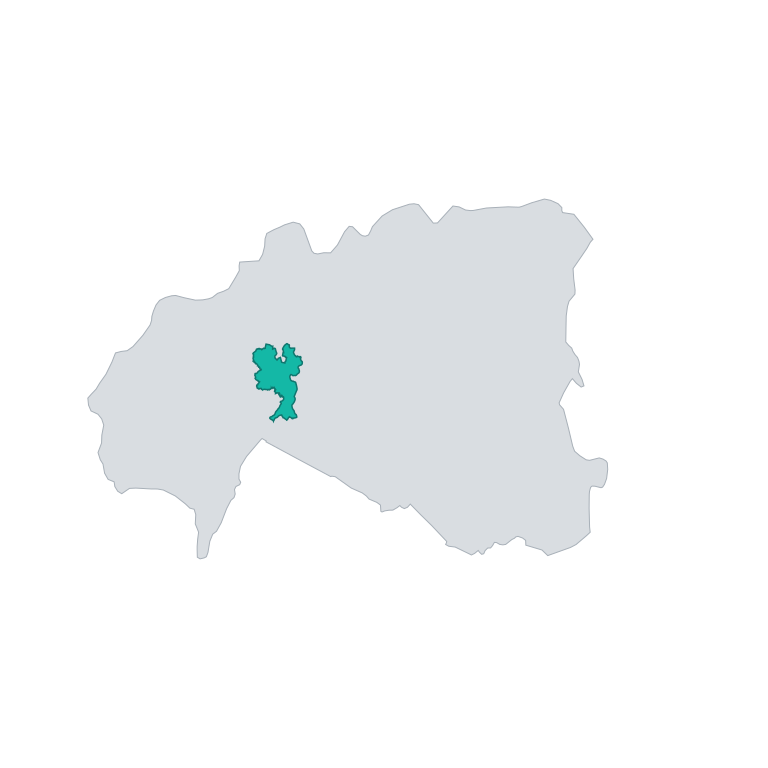 location of Bale, Balé, Burkina Faso, rotated 29°
{"feature_id": "67063806B68807156447803", "entity_name": "Bale", "entity_type": "district", "adm_level": 2, "iso_a3": "BFA", "parent_name": "Burkina Faso", "parent_adm1": "Balé", "projection": "equal_earth", "projection_center": [-3.151, 11.673], "detail": "fine", "context": "in_parent", "style": "filled", "palette": "teal", "viewbox_px": 768, "rotation_deg": 29, "n_neighbors": 0, "source": "geoboundaries", "source_scale": "gbopen_adm2", "svg_char_len": 8956}
<svg xmlns="http://www.w3.org/2000/svg" viewBox="0 0 768 768"><g transform="rotate(29 384 384)"><path d="M541.7,491.2L525.3,492.1L519.3,494.5L515.7,494.5L515.6,492.5L515.2,491.3L494.4,484.7L479.9,480.7L465.2,476.3L464.3,480.4L462.2,483.1L459.0,483.3L456.8,482.6L455.4,485.8L452.9,490.0L449.5,492.0L446.2,494.6L444.3,496.9L443.0,496.9L439.6,491.6L435.1,491.0L426.7,491.9L422.9,490.5L417.8,489.8L405.7,490.9L386.3,488.7L383.1,489.9L382.3,490.8L363.1,491.1L341.9,491.4L324.2,491.6L308.8,491.8L308.7,490.9L303.8,490.8L303.2,492.6L298.9,514.0L298.4,525.6L300.7,532.9L303.3,537.5L306.3,539.4L306.6,542.0L304.2,545.4L304.4,548.8L307.2,552.4L307.9,556.1L306.5,560.0L306.8,569.4L308.9,584.3L308.9,594.0L307.0,598.4L307.9,606.0L311.7,616.7L312.4,621.2L311.0,623.3L307.9,626.1L304.7,626.0L300.9,619.5L299.3,616.6L296.3,610.1L293.7,603.5L290.2,600.6L286.8,597.9L282.7,589.5L278.7,585.6L274.4,586.7L268.3,585.1L255.8,583.1L242.4,583.7L236.9,585.6L231.4,588.6L217.5,595.3L212.0,598.7L207.8,607.1L203.1,606.9L198.3,604.2L195.4,600.4L189.0,601.2L182.9,597.5L177.0,590.2L172.6,587.8L167.1,582.6L165.6,572.6L162.0,565.5L158.8,555.8L154.0,551.4L148.5,549.1L140.8,549.6L135.8,545.7L131.8,539.9L132.9,535.0L134.7,528.0L134.9,521.2L136.1,510.3L135.4,496.6L134.1,487.0L138.3,483.0L143.2,479.4L146.3,473.0L149.5,458.4L150.8,445.8L149.9,441.1L148.2,437.4L147.0,432.0L146.3,425.4L147.2,419.6L150.9,414.3L155.5,409.8L158.8,407.6L167.5,405.4L178.4,402.1L184.7,398.3L189.3,394.5L191.9,391.6L194.5,385.4L198.7,380.7L202.0,375.9L202.5,362.6L202.5,355.0L200.0,350.9L198.7,347.3L214.9,336.9L215.0,329.5L212.8,321.3L209.6,314.7L208.5,309.1L212.9,302.4L216.9,297.3L219.8,293.1L226.1,286.5L232.7,284.8L238.7,287.3L256.3,302.6L259.4,303.6L263.0,302.4L267.7,298.4L273.7,295.2L275.9,285.0L275.7,269.9L277.1,263.0L280.3,261.7L290.4,264.6L293.1,264.8L296.0,263.8L298.2,261.2L298.1,256.3L297.6,252.0L300.9,238.0L306.9,227.5L319.1,214.4L322.9,211.8L327.3,210.4L349.1,219.4L352.7,217.2L358.0,194.9L363.9,192.7L371.0,192.3L375.6,190.4L378.0,188.9L388.3,180.4L406.6,168.9L416.4,163.9L418.3,162.1L425.3,153.9L434.6,144.5L440.6,142.6L448.8,141.9L454.0,143.5L455.4,146.1L457.1,147.5L467.8,143.5L483.2,149.8L496.6,156.1L495.7,160.0L495.7,167.1L494.7,178.1L493.4,191.4L498.9,200.0L505.6,209.2L507.4,212.8L505.7,221.9L506.9,227.3L510.4,236.2L516.4,247.5L522.6,259.1L526.8,260.7L530.8,261.6L533.2,263.7L536.8,265.7L540.4,267.0L543.5,269.6L545.5,272.1L548.1,279.2L555.0,284.0L559.8,288.7L557.9,291.1L551.9,290.1L546.2,288.0L545.5,291.5L545.4,304.7L546.3,315.6L547.7,317.1L553.3,319.1L566.9,333.4L579.2,346.9L583.3,350.4L590.0,351.8L597.6,352.3L600.8,351.1L608.1,344.3L612.0,343.5L615.6,343.7L617.6,344.8L621.1,350.3L624.5,358.7L625.5,364.9L625.2,368.2L624.1,369.5L618.1,371.1L615.5,372.4L614.8,374.2L615.8,378.3L617.0,381.0L623.6,393.2L633.2,409.5L636.2,413.7L634.6,418.6L629.8,431.3L626.3,436.6L610.4,454.7L602.6,452.6L586.2,456.2L583.7,452.1L579.9,451.5L575.1,452.3L573.4,453.8L572.9,455.6L571.2,458.1L568.2,465.3L565.9,467.1L562.9,468.2L559.4,468.1L557.3,469.0L557.3,472.6L556.7,475.7L554.2,477.2L553.2,480.7L553.5,484.1L552.0,485.6L548.9,484.8L547.1,483.9L545.4,488.2L543.3,491.2L541.7,491.2Z" fill="#d9dde1" stroke="#a8b0b8" stroke-width="1"/><path d="M298.0,400.7L297.5,401.2L297.4,400.9L297.3,401.0L296.3,401.2L295.7,401.6L295.4,401.6L295.0,401.8L294.7,401.7L294.7,402.2L294.6,402.4L294.2,402.7L293.5,402.6L293.2,402.3L292.9,402.3L292.9,402.2L292.0,402.1L291.1,401.6L290.4,401.0L290.0,400.8L289.8,400.6L289.3,399.8L289.2,397.7L289.0,397.0L288.4,396.0L286.2,397.2L284.8,398.1L283.6,397.7L283.2,397.5L282.8,396.8L282.4,395.9L282.2,395.7L281.7,395.9L279.7,395.7L279.4,395.9L279.2,396.3L278.3,398.4L278.2,400.0L278.2,400.5L278.2,401.6L278.3,402.5L278.6,402.9L278.9,402.8L279.1,402.9L279.4,403.4L280.2,404.1L280.5,404.7L280.6,404.8L280.4,404.8L280.4,405.0L281.2,407.5L281.4,408.1L281.6,408.0L281.8,408.2L282.0,408.5L282.3,408.3L283.2,408.1L283.8,407.8L284.2,408.1L284.5,408.0L284.8,408.3L285.6,408.2L285.8,408.0L286.0,408.0L286.1,408.3L286.1,408.8L286.2,409.2L286.9,411.0L287.0,411.5L286.8,411.8L286.9,412.0L286.7,412.6L287.1,413.7L286.6,413.8L285.2,414.3L283.9,414.6L280.5,411.0L279.1,412.8L279.1,413.5L278.8,414.9L275.9,414.0L275.8,413.6L275.5,413.4L275.0,412.5L275.5,410.6L275.5,410.0L275.4,409.5L275.3,409.1L273.7,407.8L272.7,406.7L272.2,406.2L272.0,405.9L271.4,405.7L270.5,406.0L270.3,406.2L270.0,407.1L269.7,407.5L268.5,405.3L268.4,404.9L268.1,405.1L267.3,405.4L264.9,405.2L261.5,406.3L262.2,408.8L262.4,409.8L262.8,410.3L262.3,410.9L262.0,410.9L261.3,411.1L261.0,411.9L260.8,412.2L260.7,412.8L260.4,413.3L260.0,413.2L259.7,412.9L259.2,413.1L258.8,413.2L258.3,413.7L257.7,413.4L257.3,413.7L257.4,413.8L257.0,414.3L256.9,414.6L256.6,414.8L256.4,414.7L256.3,414.9L256.0,414.9L255.6,415.4L255.8,416.3L255.7,416.6L255.9,417.1L255.8,417.5L255.7,417.6L255.6,418.1L255.4,418.4L255.1,419.3L254.8,419.7L254.6,420.8L254.9,421.0L255.0,421.2L255.4,421.2L255.7,421.5L255.7,421.9L256.2,422.5L256.3,423.0L256.5,423.1L256.5,423.4L257.0,423.9L257.0,424.3L256.8,424.3L257.1,425.2L258.1,426.1L258.2,426.4L258.3,426.3L258.6,426.4L258.7,426.6L258.7,427.0L258.9,426.8L259.4,427.5L259.9,427.7L260.1,427.4L260.4,427.5L260.3,427.8L260.8,427.7L261.1,427.9L261.4,427.9L261.6,428.0L261.4,428.3L261.7,428.5L262.1,428.5L262.2,428.3L262.7,428.0L263.5,428.4L264.4,428.7L264.5,428.8L264.3,428.9L264.5,429.3L264.6,429.2L265.1,429.3L265.6,429.4L266.2,429.9L266.4,429.8L266.5,430.0L266.7,429.9L266.9,429.6L267.3,429.8L268.1,430.9L268.8,431.1L269.2,430.7L269.7,431.0L269.6,431.4L269.4,431.6L269.5,431.7L269.0,432.4L268.6,432.8L268.4,433.2L268.1,433.6L267.8,434.4L267.9,434.9L267.7,435.9L267.4,436.3L267.0,437.1L266.4,437.1L266.2,437.3L266.9,439.1L267.3,439.2L268.1,440.1L268.5,440.4L268.6,440.8L268.5,441.5L269.8,442.2L271.3,442.3L272.0,442.1L272.3,442.5L272.9,442.6L273.2,442.4L274.1,442.4L274.0,443.8L273.8,444.2L273.7,445.0L274.0,445.8L273.9,446.1L273.3,446.5L273.4,447.0L273.7,447.7L274.4,448.1L274.8,448.9L275.1,449.0L276.1,449.0L276.6,449.2L276.8,449.0L277.0,448.9L276.9,448.8L277.2,448.8L277.6,448.2L278.6,447.4L278.9,447.4L279.3,447.7L279.4,447.9L279.5,447.8L280.2,448.0L280.4,447.9L280.7,448.0L280.7,447.8L280.9,447.7L281.4,447.0L281.9,446.8L282.4,446.3L282.9,446.2L283.3,446.2L283.6,446.0L283.8,445.8L284.3,445.5L284.7,445.6L284.9,445.7L285.1,445.3L285.3,445.0L285.9,444.9L286.1,444.9L286.0,444.6L286.7,444.3L286.8,443.8L287.2,443.6L287.2,443.1L287.6,442.4L287.5,442.2L287.8,442.4L288.3,442.2L288.5,441.6L288.2,441.1L288.2,440.9L288.8,440.7L289.2,440.8L289.6,440.3L290.1,441.2L290.3,441.2L290.6,440.8L291.0,440.9L291.1,441.3L291.3,441.7L292.0,441.6L292.0,442.1L291.7,442.4L291.6,442.5L291.8,443.5L292.0,443.7L292.7,443.6L293.3,443.9L293.4,444.3L293.7,444.7L293.8,445.0L293.9,444.9L293.8,444.5L294.2,444.3L294.4,443.8L294.8,443.8L295.4,443.1L295.8,443.1L296.7,443.8L296.7,443.2L296.5,442.8L296.6,442.6L297.0,442.7L297.8,443.5L298.1,444.1L298.1,444.5L298.4,444.6L298.9,445.1L299.0,445.1L299.2,445.4L299.6,445.2L300.0,445.4L300.1,445.1L300.1,444.7L299.7,443.9L299.7,443.7L300.0,443.4L300.4,443.5L300.7,443.8L301.0,444.3L301.3,444.5L301.7,444.4L302.1,444.0L302.3,444.1L302.4,444.4L302.6,444.3L303.2,445.1L303.7,446.2L303.3,447.9L302.9,448.5L302.1,449.3L302.0,449.6L302.1,450.0L302.2,450.3L303.1,450.4L303.5,450.7L303.6,451.2L303.5,453.1L303.7,454.6L303.8,455.5L303.3,457.5L303.4,458.0L302.9,460.3L302.8,461.0L303.1,462.9L303.1,464.1L302.8,464.7L302.2,465.6L301.7,466.8L300.6,468.0L300.5,468.8L300.6,469.1L300.9,469.4L301.6,469.6L302.1,469.6L302.7,469.7L303.5,469.6L304.7,469.7L305.3,470.1L305.2,469.8L305.2,469.4L305.4,468.7L305.2,467.4L305.5,466.3L306.2,465.7L306.8,464.9L307.3,463.0L307.6,462.5L308.4,461.6L309.5,460.7L310.8,461.7L311.0,461.7L311.8,462.1L312.0,462.4L312.8,462.2L314.9,462.5L315.8,462.5L316.4,462.8L316.6,462.5L316.8,461.6L316.8,459.7L317.2,458.5L317.7,458.7L318.0,458.5L319.2,458.5L320.1,458.8L320.5,458.3L320.9,458.6L321.1,458.6L321.2,458.1L321.3,457.7L322.0,457.3L322.4,456.8L323.2,456.3L323.8,455.4L323.7,455.1L323.0,454.2L322.7,454.0L322.1,453.4L321.0,453.2L320.5,453.1L319.7,452.5L318.3,451.0L316.4,450.2L315.2,449.2L313.9,447.6L313.7,446.8L314.0,445.5L314.2,443.0L314.1,442.4L313.9,441.1L313.6,440.2L312.9,439.4L311.8,438.7L311.5,438.4L310.8,432.7L310.7,431.2L310.2,430.2L308.4,428.0L308.2,427.8L307.7,427.2L307.2,426.8L306.9,426.4L305.9,425.4L305.4,425.3L304.7,425.5L303.9,425.6L303.4,425.5L303.1,425.8L302.2,426.0L301.7,425.9L301.2,426.1L300.9,426.0L300.0,425.4L298.1,423.5L298.0,423.2L297.8,421.9L297.9,420.9L298.3,420.7L299.0,420.7L299.9,420.9L300.4,420.8L301.6,419.9L302.6,419.5L303.1,418.6L303.3,417.4L304.2,415.5L304.1,414.5L303.7,413.7L303.2,413.0L302.5,412.6L302.1,412.0L301.2,411.7L300.8,411.2L300.6,410.6L300.6,410.1L300.7,409.7L301.6,408.4L302.4,407.5L302.5,407.1L302.7,406.1L302.2,405.0L302.1,404.7L301.6,404.1L300.9,404.0L300.7,403.8L300.3,403.8L300.0,403.6L299.6,403.2L299.0,402.8L298.8,402.5L298.7,401.8L298.5,401.1L298.0,400.7Z" fill="#14b8a6" stroke="#0f766e" stroke-width="1.5"/></g></svg>